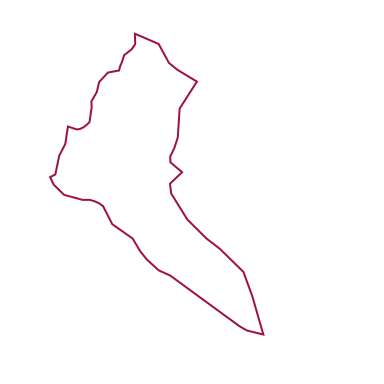 SVG path tracing the border of Kamnik, rotated 42°
{"feature_id": "SVN-206", "entity_name": "Kamnik", "entity_type": "Municipality", "adm_level": 1, "iso_a3": "SVN", "parent_name": "Slovenia", "parent_adm1": "", "projection": "equal_earth", "projection_center": [14.65, 46.279], "detail": "fine", "context": "isolated", "style": "outline", "palette": "rose", "viewbox_px": 384, "rotation_deg": 42, "n_neighbors": 0, "source": "natural_earth", "source_scale": "10m", "svg_char_len": 809}
<svg xmlns="http://www.w3.org/2000/svg" viewBox="0 0 384 384"><g transform="rotate(42 192 192)"><path d="M49.6,159.5L56.5,150.5L54.5,146.8L53.1,142.6L50.0,135.7L51.7,126.2L50.8,120.0L43.6,112.6L68.2,104.3L88.5,111.5L99.2,111.0L121.8,106.7L127.0,138.3L144.9,160.9L149.6,171.5L152.1,180.3L156.2,184.4L171.4,183.9L170.1,200.6L177.7,207.1L207.0,215.6L233.9,216.9L250.8,215.6L283.7,217.0L306.4,229.0L340.4,250.2L325.4,258.2L317.0,260.0L231.7,268.7L219.7,272.5L203.8,272.4L193.5,270.8L179.1,266.3L154.3,269.3L135.3,262.0L130.8,262.5L125.9,264.0L121.2,266.3L115.9,271.1L98.9,279.7L84.3,279.1L76.6,275.9L78.7,270.4L69.1,254.0L65.7,241.1L56.0,226.4L64.7,222.5L66.7,219.8L68.1,216.4L68.8,212.5L69.1,208.7L60.6,196.0L56.6,192.0L54.4,181.5L49.4,172.4L49.6,159.5Z" fill="none" stroke="#9f1239" stroke-width="2"/></g></svg>